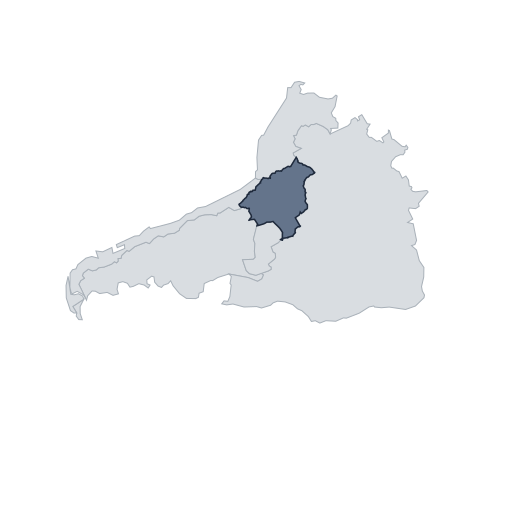 Bolivia and the surrounding countries, rotated 58°
{"feature_id": "BOL", "entity_name": "Bolivia", "entity_type": "country or territory", "adm_level": 0, "iso_a3": "BOL", "parent_name": "South America", "parent_adm1": "", "projection": "robinson", "projection_center": [-65.153, -16.301], "detail": "fine", "context": "with_neighbors", "style": "filled", "palette": "slate", "viewbox_px": 512, "rotation_deg": 58, "n_neighbors": 5, "source": "natural_earth", "source_scale": "50m", "svg_char_len": 10881}
<svg xmlns="http://www.w3.org/2000/svg" viewBox="0 0 512 512"><g transform="rotate(58 256 256)"><path d="M201.4,424.9L205.7,432.0L211.7,435.6L218.0,437.1L216.0,440.0L211.7,440.3L209.3,438.2L201.7,438.1L201.4,424.9ZM256.9,288.5L254.0,299.7L253.9,305.9L252.8,307.3L251.9,314.5L258.3,319.7L257.4,324.0L260.5,326.7L260.2,329.7L255.1,337.5L247.5,340.8L237.3,342.1L231.8,341.5L232.8,345.2L231.7,349.8L232.6,352.8L229.6,355.0L224.5,355.8L219.7,353.6L217.8,355.2L218.4,361.3L221.8,363.1L224.5,361.2L226.0,364.4L221.4,366.2L217.4,370.0L216.7,376.2L215.6,379.4L211.0,379.5L207.2,382.5L205.8,387.1L210.6,391.5L215.2,392.7L213.6,398.1L208.0,401.5L205.0,408.5L200.7,410.9L198.8,413.6L200.5,419.8L203.7,423.2L186.1,421.2L184.0,417.7L183.9,413.3L180.8,413.7L179.0,411.6L178.3,405.2L181.9,402.6L183.2,398.8L182.6,395.7L184.9,390.6L186.4,382.6L185.8,379.1L187.9,377.9L187.3,375.6L185.0,374.4L186.5,371.8L184.3,369.5L182.9,362.5L184.8,361.2L183.8,353.8L186.0,342.0L189.0,339.8L187.3,333.8L187.1,328.2L190.9,324.1L190.7,319.0L193.5,313.0L193.5,307.3L192.1,306.2L189.6,295.5L192.7,289.2L192.1,283.2L193.9,277.6L197.3,271.8L201.0,268.0L199.4,265.6L200.5,263.6L200.3,253.3L206.0,250.3L207.8,243.8L207.2,242.3L211.6,236.7L218.6,238.2L221.7,242.7L223.8,237.7L229.9,238.0L240.5,249.4L244.8,250.3L251.2,254.9L256.7,257.3L257.4,260.0L252.0,269.4L263.2,272.0L267.4,271.0L272.3,266.3L273.3,260.8L276.0,259.6L278.5,263.2L278.3,268.1L270.2,274.0L256.9,288.5Z" fill="#d9dde1" stroke="#a8b0b8" stroke-width="1"/><path d="M201.4,424.9L201.7,438.1L209.3,438.2L207.9,440.6L204.0,442.3L191.0,439.1L180.3,432.7L173.6,426.1L190.3,433.4L192.6,430.7L193.9,426.6L198.1,424.2L201.4,424.9ZM193.7,210.5L196.4,214.7L197.1,219.1L200.0,221.7L198.3,227.7L201.2,234.6L203.3,243.1L207.2,242.3L207.8,243.8L206.0,250.3L200.3,253.3L200.5,263.6L199.4,265.6L201.0,268.0L197.3,271.8L193.9,277.6L192.1,283.2L192.7,289.2L189.6,295.5L192.1,306.2L193.5,307.3L193.5,313.0L190.7,319.0L190.9,324.1L187.1,328.2L187.3,333.8L189.0,339.8L186.0,342.0L183.8,353.8L184.8,361.2L182.9,362.5L184.3,369.5L186.5,371.8L185.0,374.4L187.3,375.6L187.9,377.9L185.8,379.1L186.4,382.6L184.9,390.6L182.6,395.7L183.2,398.8L181.9,402.6L178.3,405.2L179.0,411.6L180.8,413.7L183.9,413.3L184.0,417.7L186.1,421.2L201.7,422.9L197.6,422.8L191.2,426.4L190.7,431.9L188.8,432.1L183.5,430.2L172.0,422.7L170.4,418.9L171.5,415.5L168.9,411.6L167.7,401.3L169.4,395.5L174.3,390.9L166.9,389.1L171.2,383.8L172.4,373.7L178.0,375.9L180.1,363.3L176.7,361.6L175.4,369.2L172.3,368.4L174.8,348.4L176.9,344.2L175.3,338.2L174.7,331.2L176.8,331.0L183.0,311.2L185.0,302.0L183.6,292.8L185.1,287.7L184.3,280.1L187.3,272.6L191.2,234.0L189.6,215.2L192.3,213.6L193.7,210.5Z" fill="#d9dde1" stroke="#a8b0b8" stroke-width="1"/><path d="M278.4,310.4L277.1,306.9L279.5,303.9L276.6,299.7L267.4,292.4L265.5,292.6L260.3,287.8L256.9,288.5L270.2,274.0L278.3,268.1L278.5,263.2L276.0,259.6L273.3,260.8L275.2,253.6L275.3,250.2L273.4,249.1L271.4,250.1L269.4,249.8L268.4,241.8L267.4,240.0L263.9,238.3L261.7,239.5L256.1,238.3L256.5,229.9L255.0,226.5L256.7,225.2L256.2,221.7L257.7,219.0L258.7,214.2L257.4,210.3L254.5,208.6L254.0,206.1L254.8,202.6L244.5,202.3L242.5,195.1L244.0,195.0L242.7,187.0L239.6,185.2L236.2,185.2L230.3,182.2L228.2,179.9L222.1,178.9L216.2,173.4L216.6,162.2L209.5,163.3L201.9,168.1L200.7,170.0L193.9,169.6L190.8,170.7L188.3,169.9L188.7,160.6L184.2,164.2L179.4,164.0L177.4,160.8L173.8,160.4L174.9,157.7L171.9,154.0L169.6,148.4L171.0,147.3L171.0,144.7L174.3,142.9L173.7,139.6L175.1,137.4L175.5,134.6L181.7,130.4L186.9,128.2L191.8,128.5L194.3,108.9L193.5,105.4L191.1,103.2L191.1,98.7L194.2,97.7L195.2,98.3L195.4,95.9L192.2,95.3L192.2,91.4L202.8,91.6L204.6,89.4L207.2,95.0L208.2,94.3L211.2,97.5L215.4,97.1L216.5,95.3L222.8,92.8L223.4,90.2L227.3,88.4L227.0,87.1L222.4,86.6L221.9,78.6L219.4,77.0L220.4,76.4L228.8,78.8L230.4,77.3L240.4,74.0L242.4,71.7L241.6,69.9L244.5,69.7L245.7,71.1L245.0,73.8L246.9,74.7L248.1,77.6L246.6,79.8L245.8,85.0L247.6,91.0L250.9,93.9L253.6,94.2L254.2,93.0L258.4,91.6L260.2,90.0L267.5,90.8L267.6,86.5L272.3,86.4L277.9,89.0L279.5,87.4L280.8,87.6L281.5,89.3L284.1,88.9L286.2,86.6L291.0,76.4L292.9,76.1L297.4,90.3L300.3,91.3L300.4,95.6L296.4,100.6L298.1,102.5L307.7,103.5L307.9,109.7L312.0,105.6L327.9,111.6L330.5,115.2L329.6,118.6L336.0,116.7L346.5,120.0L354.7,119.7L362.7,124.9L369.6,131.8L373.8,133.5L378.4,133.8L380.4,135.7L382.9,147.3L380.6,157.5L369.9,170.1L366.3,177.1L362.1,182.5L360.8,182.6L359.1,187.1L359.2,198.7L356.6,212.3L354.8,214.7L353.6,222.9L347.9,231.0L346.7,237.4L342.3,240.0L340.9,243.7L335.1,243.7L326.7,246.1L322.8,248.8L316.8,250.6L310.4,255.6L305.7,261.7L304.8,266.3L305.5,269.7L303.0,278.9L299.2,282.3L292.9,293.2L284.5,301.0L281.9,306.8L278.4,310.4Z" fill="#d9dde1" stroke="#a8b0b8" stroke-width="1"/><path d="M191.8,128.5L186.9,128.2L181.7,130.4L175.5,134.6L175.1,137.4L173.7,139.6L174.3,142.9L171.0,144.7L171.0,147.3L169.6,148.4L171.9,154.0L174.9,157.7L173.8,160.4L177.4,160.8L179.4,164.0L184.2,164.2L188.7,160.6L188.3,169.9L190.8,170.7L193.9,169.6L198.6,179.5L197.4,181.6L197.1,191.2L195.0,194.3L196.0,196.6L194.7,198.6L197.1,203.8L192.3,213.6L189.6,215.2L184.2,211.7L183.7,209.1L172.9,203.0L159.0,192.4L156.7,187.3L157.6,185.5L152.9,177.4L138.2,146.4L130.0,139.9L131.8,137.1L129.1,131.2L130.8,126.9L135.1,123.0L135.7,125.6L134.2,127.1L134.4,129.3L138.8,129.5L141.1,132.6L144.2,130.1L145.2,125.9L148.5,120.5L155.0,118.1L161.0,111.7L162.7,107.6L161.9,103.0L163.3,102.4L171.2,109.8L174.5,116.3L178.5,117.0L181.5,115.4L183.5,116.5L186.7,115.9L190.9,118.8L187.4,125.1L189.0,125.3L191.8,128.5Z" fill="#d9dde1" stroke="#a8b0b8" stroke-width="1"/><path d="M254.9,224.6L256.5,229.9L256.1,238.3L261.7,239.5L263.9,238.3L267.4,240.0L268.4,241.8L269.4,249.8L271.4,250.1L273.4,249.1L275.3,250.2L275.2,253.6L272.3,266.3L267.4,271.0L263.2,272.0L252.0,269.4L257.4,260.0L256.7,257.3L251.2,254.9L244.8,250.3L240.5,249.4L230.7,239.3L232.9,231.9L233.0,228.6L235.6,223.2L245.0,221.4L249.9,221.4L254.9,224.6Z" fill="#d9dde1" stroke="#a8b0b8" stroke-width="1"/><path d="M194.2,210.0L194.2,209.7L194.1,209.3L193.9,209.0L193.5,208.7L193.4,208.4L193.5,208.1L194.2,207.6L194.5,207.5L194.6,207.2L194.8,206.9L195.4,206.0L195.8,205.5L196.2,205.1L196.6,204.9L196.8,204.7L196.7,204.1L196.7,203.7L196.8,203.4L197.3,203.1L197.6,202.9L197.7,202.7L197.3,202.4L196.6,202.1L196.1,202.1L195.8,201.9L195.7,201.7L194.7,199.1L194.6,198.5L194.6,198.3L195.2,197.0L195.5,196.6L195.9,196.0L195.8,195.8L195.0,194.8L194.8,194.3L194.8,193.9L194.9,193.3L195.3,193.0L195.5,192.5L195.5,192.1L195.7,191.9L195.9,191.7L196.2,191.3L196.5,191.0L196.7,190.7L196.8,190.0L197.0,189.8L197.5,189.6L197.5,189.4L197.4,189.0L197.1,188.5L196.9,188.2L196.7,187.0L196.4,186.4L196.5,186.2L196.7,185.9L196.9,185.3L196.9,184.6L196.9,182.0L196.9,181.5L197.1,181.1L197.5,180.7L197.8,180.6L198.1,180.3L198.1,179.8L198.2,179.5L198.5,179.2L197.7,177.7L197.1,176.5L196.5,175.3L195.8,173.9L195.3,173.0L194.8,171.9L194.3,170.9L193.6,169.6L194.2,169.6L195.5,169.6L196.7,169.9L197.6,170.0L197.9,170.2L198.0,170.5L198.5,170.6L198.8,170.6L199.5,170.2L200.0,170.0L200.5,169.7L201.3,168.6L201.8,168.1L202.2,167.9L203.0,167.8L203.3,167.9L203.7,167.9L204.0,167.4L204.4,166.8L205.3,166.1L205.8,165.9L206.0,165.7L206.5,165.6L207.0,165.4L209.0,163.6L209.9,163.1L210.4,163.0L210.8,162.9L211.6,162.6L213.4,162.4L214.6,162.3L215.0,162.5L215.4,162.5L215.7,162.1L216.0,161.9L216.3,161.9L216.6,162.4L216.7,162.9L216.6,163.3L216.6,163.9L216.8,164.6L216.7,165.3L216.3,166.1L216.0,166.5L216.0,166.8L216.0,167.3L216.2,168.1L216.6,169.2L216.7,170.0L216.4,170.6L216.3,171.0L216.3,171.4L216.4,171.7L216.6,171.8L216.6,172.1L216.7,172.6L216.9,173.0L217.3,173.5L217.5,173.9L217.4,174.3L217.4,174.5L217.5,174.6L217.8,174.4L217.9,174.5L218.2,175.0L218.4,175.6L218.4,175.9L218.9,176.1L219.3,176.2L219.6,176.4L220.1,177.0L220.5,177.3L221.0,177.6L221.2,178.1L221.5,178.8L222.4,179.0L223.5,179.2L224.2,179.3L225.0,179.0L225.5,179.0L226.1,179.3L226.3,179.4L226.7,179.8L227.4,180.3L227.9,180.4L228.2,180.2L228.6,180.1L228.9,180.2L229.0,180.7L229.1,181.0L229.5,181.3L230.1,181.9L230.5,182.2L230.9,182.2L231.8,182.6L232.7,183.0L233.2,183.1L233.7,183.1L234.0,183.2L234.1,183.7L234.9,184.7L235.3,185.1L235.8,185.5L236.9,185.5L237.3,185.6L237.8,185.5L239.3,185.3L239.6,185.2L240.5,185.7L241.5,186.3L242.2,186.8L242.7,187.1L242.9,187.5L243.1,188.0L243.2,188.5L243.1,189.0L242.9,189.2L242.8,189.5L242.9,190.0L243.3,190.5L243.4,191.0L243.6,191.9L243.8,192.2L243.9,195.1L243.2,195.1L242.2,195.2L242.5,195.5L243.3,196.5L244.1,197.5L244.2,199.1L244.2,200.1L244.3,201.6L244.4,202.4L246.2,202.5L248.4,202.6L250.9,202.7L253.2,202.8L253.4,202.8L253.8,202.6L254.1,202.5L254.3,202.8L254.2,203.3L254.2,203.8L253.5,204.7L253.5,205.1L253.6,206.4L253.8,207.4L253.9,208.4L254.2,208.6L254.9,209.1L256.1,210.1L256.5,210.2L256.9,210.1L257.2,210.4L257.2,211.1L257.8,212.8L258.2,213.8L258.4,214.2L258.7,214.4L258.6,214.5L258.4,214.6L258.3,214.8L257.9,216.0L257.4,217.6L257.1,218.7L257.4,218.7L257.4,219.0L257.4,219.5L257.1,219.6L256.6,220.7L256.1,221.9L255.5,223.1L255.2,223.8L255.7,224.4L256.6,225.3L256.5,225.5L256.1,225.7L255.8,225.8L255.5,226.1L255.4,226.3L255.0,226.4L255.1,225.4L255.0,224.5L254.9,224.3L253.4,223.2L251.9,222.3L250.1,221.0L247.7,221.0L245.2,221.1L242.8,221.6L240.4,222.2L239.3,222.5L237.1,223.0L235.8,223.2L235.4,224.2L234.9,225.8L234.4,226.6L233.8,227.6L233.0,228.9L233.0,230.5L232.9,232.0L232.4,234.1L231.9,235.9L231.4,237.7L231.0,238.9L230.9,239.2L230.4,238.7L230.0,238.1L229.9,237.8L229.9,237.7L227.6,237.8L225.5,237.8L225.2,237.9L224.9,237.9L224.7,237.8L224.1,237.9L223.9,238.2L223.0,240.0L222.6,240.8L222.3,241.5L222.1,242.7L222.0,242.9L221.7,242.5L221.3,241.4L221.2,240.8L220.9,240.0L220.5,239.2L220.0,238.9L219.7,238.8L219.2,238.6L218.4,238.4L218.1,238.4L215.8,238.4L215.6,238.3L214.7,238.4L214.3,238.4L213.8,237.9L212.7,237.0L212.5,236.7L212.1,236.6L211.9,236.5L211.7,236.7L211.6,237.4L211.3,238.1L211.1,238.5L210.4,238.7L209.7,239.0L209.3,239.1L209.1,239.4L209.0,239.9L208.8,240.3L207.8,240.9L207.6,241.2L207.4,241.8L206.9,242.5L206.7,242.8L205.8,243.0L204.7,243.3L204.0,243.2L203.5,243.2L203.4,243.0L203.1,242.8L203.0,242.6L203.0,242.3L203.1,241.6L203.0,240.8L202.7,239.8L202.7,239.5L202.6,239.0L202.5,238.1L202.0,237.7L201.8,236.9L201.8,236.2L201.4,235.4L201.3,234.3L201.3,233.4L200.7,232.4L200.0,231.3L199.5,231.1L199.4,231.0L199.3,230.7L199.3,230.2L199.3,229.9L199.8,229.4L199.7,229.2L198.6,228.5L198.4,228.2L198.3,227.7L198.5,227.5L198.7,227.3L198.4,226.8L198.4,226.3L198.3,226.1L198.4,225.8L199.1,225.7L199.3,225.2L199.3,224.8L199.2,224.5L198.6,223.8L198.6,223.7L199.2,222.7L199.7,222.1L199.8,221.9L199.7,221.6L199.4,221.4L199.0,221.1L198.7,220.7L198.2,220.2L197.7,219.8L197.3,219.4L197.1,219.0L197.1,218.7L197.1,218.1L196.8,217.1L196.7,216.5L196.6,215.7L196.5,215.3L196.4,214.8L196.2,214.3L196.1,214.0L196.3,213.7L196.4,213.4L195.4,212.9L195.2,212.7L195.0,211.7L194.2,210.7L194.2,210.0Z" fill="#64748b" stroke="#1e293b" stroke-width="1.5"/></g></svg>